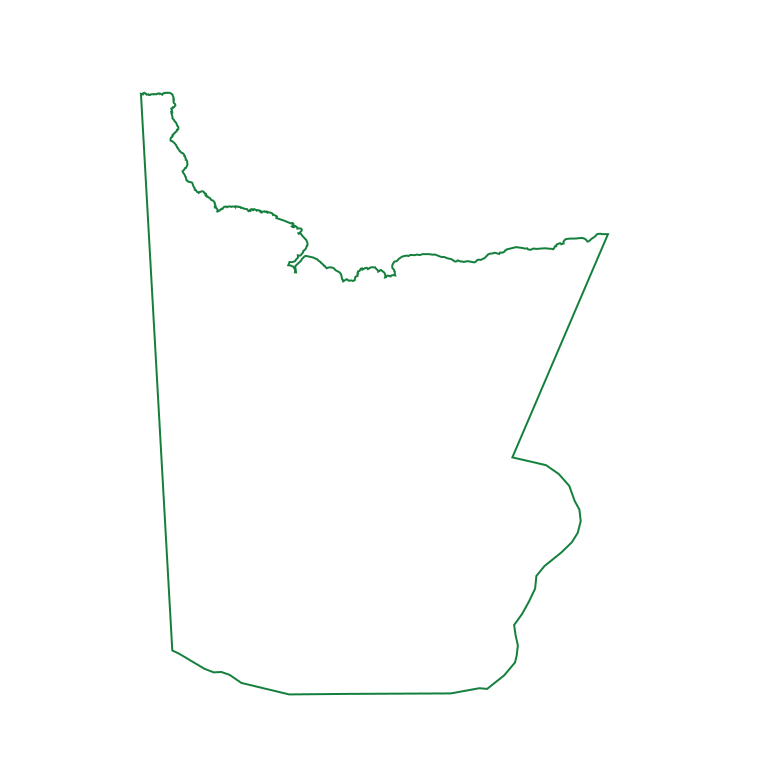 outline of Ngersuul, Airai, Palau, rotated 264°
{"feature_id": "81905179B1106200869758", "entity_name": "Ngersuul", "entity_type": "district", "adm_level": 2, "iso_a3": "PLW", "parent_name": "Palau", "parent_adm1": "Airai", "projection": "albers", "projection_center": [134.596, 7.428], "detail": "fine", "context": "isolated", "style": "outline", "palette": "green", "viewbox_px": 768, "rotation_deg": 264, "n_neighbors": 0, "source": "geoboundaries", "source_scale": "gbopen_adm2", "svg_char_len": 6158}
<svg xmlns="http://www.w3.org/2000/svg" viewBox="0 0 768 768"><g transform="rotate(264 384 384)"><path d="M509.6,622.4L510.3,616.2L510.8,615.1L510.9,612.4L510.5,611.2L509.2,610.0L507.9,608.0L506.9,605.9L504.5,602.7L504.4,601.2L505.6,600.6L507.4,598.9L508.4,596.8L508.7,594.6L508.6,590.1L509.2,583.8L509.1,580.4L508.7,579.2L506.9,577.4L504.9,577.3L504.9,576.3L504.4,574.9L505.7,573.9L504.6,570.1L503.0,569.7L503.0,568.2L501.5,567.6L500.3,566.3L500.8,565.3L502.2,557.8L502.4,549.9L503.1,546.7L502.1,543.7L502.9,541.2L504.0,540.5L503.9,538.6L505.0,535.2L506.3,529.6L505.0,520.0L504.2,519.2L504.1,518.3L503.0,517.5L502.2,515.6L502.6,513.1L501.3,512.2L503.0,507.8L502.5,505.5L502.5,502.7L501.8,500.8L498.8,497.4L497.3,493.1L497.8,490.7L497.3,489.4L496.1,488.1L495.5,486.5L497.3,480.5L497.4,478.7L497.0,476.2L497.7,474.6L497.8,472.8L498.8,471.3L499.2,470.0L498.4,469.1L498.3,467.7L499.2,466.3L501.1,464.1L502.6,459.7L504.0,457.2L504.2,454.9L504.9,453.1L507.3,448.6L507.6,445.6L508.4,442.5L509.1,436.1L508.5,432.9L509.3,430.1L508.9,428.3L509.6,423.7L508.7,421.7L509.3,420.3L509.1,416.7L508.5,414.8L507.1,412.1L504.9,409.5L504.6,407.0L502.2,405.2L500.3,404.4L498.4,404.5L496.4,406.0L495.2,406.0L494.7,406.5L492.7,406.2L490.8,406.5L491.3,404.8L491.1,402.3L490.3,401.8L491.5,398.8L490.8,397.6L490.1,397.3L489.9,396.2L491.1,396.7L493.5,396.4L494.8,395.9L497.7,392.9L497.6,392.1L497.0,391.6L496.4,390.0L497.2,390.0L500.3,387.6L500.9,387.4L501.4,384.0L501.2,382.4L500.6,381.8L500.7,381.3L499.9,380.0L501.4,379.0L501.0,376.5L500.4,375.6L500.4,374.9L501.2,374.5L501.1,373.3L500.5,373.5L500.8,372.9L498.8,371.3L498.9,370.2L497.4,369.4L496.7,369.8L496.3,369.8L496.0,369.1L494.1,368.9L493.8,367.1L492.8,366.4L490.2,365.7L490.1,364.9L489.7,363.9L490.4,362.5L490.4,359.6L491.3,359.0L492.1,357.8L490.3,354.1L491.0,353.8L491.6,354.1L492.7,353.3L493.8,353.1L495.8,353.1L498.1,352.5L499.7,351.4L502.3,347.6L504.3,346.3L504.9,345.3L505.6,343.0L505.7,340.8L505.1,339.1L506.0,338.2L507.2,337.8L508.0,336.4L508.7,336.4L511.0,334.1L511.7,333.9L513.6,331.6L514.8,330.9L517.3,326.5L519.6,319.7L519.2,318.3L516.8,315.3L515.4,314.5L510.6,308.2L509.1,308.0L504.2,308.2L504.4,307.1L506.5,307.6L509.0,306.7L510.2,305.9L511.5,303.8L512.1,301.2L515.2,302.8L514.8,305.0L515.1,307.0L515.6,308.5L517.5,310.0L518.0,311.1L519.2,311.7L521.0,311.8L520.4,313.1L520.6,314.4L523.5,317.4L524.8,317.7L526.0,319.7L527.7,321.0L529.4,321.5L529.5,322.1L530.8,322.6L532.9,322.5L535.2,321.8L540.0,318.2L541.7,317.3L542.5,316.3L542.3,314.9L542.9,314.6L543.1,315.6L544.3,317.4L545.0,318.0L546.2,318.4L547.3,317.7L547.8,314.9L547.5,314.4L547.6,314.0L548.9,314.0L550.9,311.6L549.9,310.4L549.4,310.6L549.4,310.0L550.2,308.9L550.7,309.7L551.4,309.5L553.1,310.5L553.8,309.4L553.5,308.0L557.0,301.6L560.3,294.3L561.7,295.1L562.5,294.3L562.6,293.8L563.9,292.0L563.7,291.3L564.7,291.1L565.8,290.2L567.0,286.9L566.5,286.1L567.2,285.4L567.7,285.6L567.8,285.4L567.5,284.7L567.8,284.2L567.7,283.8L568.1,283.7L568.3,283.2L568.0,281.2L567.4,280.6L567.3,280.1L568.2,279.0L568.7,279.6L569.2,279.3L570.1,276.7L569.7,275.7L570.3,275.5L570.6,274.4L571.4,273.5L571.4,272.7L570.6,272.1L570.6,271.7L571.5,271.4L571.7,270.9L571.7,270.5L571.2,270.3L571.4,269.5L570.9,268.8L570.0,268.9L570.1,267.3L572.2,266.0L573.2,262.5L573.9,261.9L574.2,260.0L574.9,259.8L575.3,259.0L575.1,258.1L575.8,257.1L575.7,256.3L576.0,255.6L576.0,255.1L575.6,254.9L576.2,254.7L576.0,253.9L576.4,251.4L576.1,250.7L576.8,249.2L576.6,247.0L576.2,246.4L576.9,245.8L577.0,243.7L575.9,242.5L575.6,241.8L575.0,241.6L575.2,241.0L575.0,240.3L574.3,239.7L574.3,239.2L573.9,238.6L573.6,238.5L572.9,236.4L573.0,236.2L573.5,236.6L575.0,236.6L576.9,235.4L577.1,234.4L577.4,234.3L578.2,234.2L578.2,234.8L578.5,234.6L579.1,235.1L581.3,234.4L581.7,234.7L582.9,234.2L584.4,233.0L584.6,232.3L585.7,230.8L586.7,230.7L587.1,230.4L587.1,229.6L586.8,229.5L587.6,229.4L588.3,228.6L588.7,228.5L589.1,228.0L588.7,227.7L588.9,227.3L589.7,226.7L590.3,227.1L590.7,227.0L590.9,226.7L590.6,226.6L590.8,226.2L591.7,226.8L592.3,226.2L592.5,225.4L593.5,225.0L594.4,224.4L594.7,222.5L594.3,221.9L594.2,220.6L593.4,219.7L594.3,219.0L594.6,218.2L597.2,216.6L597.1,216.1L599.0,216.0L600.0,215.3L604.1,214.3L604.7,213.6L605.2,211.7L605.6,211.2L605.5,210.9L606.0,210.4L606.4,209.6L607.3,209.0L607.8,209.0L607.9,208.7L610.6,208.5L610.9,208.1L613.0,207.6L615.0,206.4L616.7,205.9L618.1,207.8L619.4,208.5L619.5,209.5L622.7,211.5L625.7,211.5L626.9,211.2L627.8,210.7L627.8,210.3L628.9,210.4L629.4,210.1L629.8,210.2L631.4,209.8L631.5,209.5L631.8,209.7L633.8,208.5L634.0,208.6L635.0,207.4L635.0,206.9L636.9,205.4L636.9,205.1L637.6,205.0L640.1,203.4L640.5,203.5L641.3,203.1L641.3,202.9L643.5,202.1L645.6,200.7L647.4,199.0L648.2,197.3L649.7,197.2L651.3,197.9L652.0,199.4L652.7,199.7L653.4,199.5L653.9,199.8L654.2,200.2L654.1,200.6L655.2,201.5L655.2,201.8L656.7,203.3L656.7,203.9L658.1,204.9L658.5,204.8L658.5,205.5L658.8,205.9L659.7,206.2L661.4,206.2L662.2,205.5L665.2,204.7L666.8,203.7L666.9,203.4L668.7,202.6L670.3,201.4L671.3,201.6L674.8,201.0L676.2,200.9L675.9,201.4L675.9,201.8L676.4,201.8L676.7,201.6L677.1,201.7L677.5,201.3L678.2,201.6L680.0,201.3L679.9,202.1L680.3,202.6L681.0,202.5L681.4,203.0L681.2,203.5L681.5,204.3L683.0,205.7L684.3,205.4L685.7,204.3L687.6,204.2L688.3,204.7L689.1,204.4L689.1,204.7L691.2,204.6L692.8,204.0L693.6,204.0L694.4,203.4L695.8,201.7L696.1,200.6L696.1,199.1L696.4,198.7L696.4,196.4L696.1,196.2L696.3,195.6L696.0,194.6L694.9,193.8L696.4,191.4L696.4,190.6L696.2,190.5L696.5,190.2L696.5,189.1L695.9,188.0L696.1,187.6L696.0,187.0L696.3,186.4L696.1,185.1L696.4,184.7L696.4,182.4L696.0,181.9L695.9,181.2L696.1,180.3L696.7,180.1L696.7,178.9L696.5,178.4L697.3,177.3L697.7,177.4L698.7,176.0L698.3,174.9L697.2,174.5L698.0,172.6L141.1,145.6L137.5,151.6L119.5,175.7L115.0,184.6L114.6,192.1L110.9,200.0L101.6,210.9L85.2,257.2L79.6,315.5L69.3,418.1L71.5,447.0L70.0,454.7L81.7,473.1L93.4,485.2L99.8,487.5L110.0,489.8L120.5,488.6L130.7,488.2L140.9,497.3L152.3,505.3L164.7,512.9L177.2,515.5L186.2,524.6L198.0,542.9L207.0,554.3L215.7,561.1L227.0,565.3L238.7,565.2L247.8,561.4L263.3,557.6L276.1,548.5L286.3,536.7L297.6,504.0L509.6,622.4Z" fill="none" stroke="#15803d" stroke-width="2"/></g></svg>